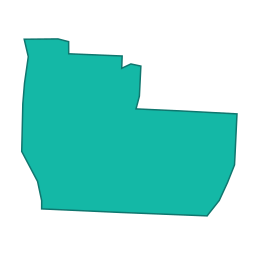 the district of Yates, New York, United States of America, rotated 183°
{"feature_id": "52423323B19157599393340", "entity_name": "Yates", "entity_type": "district", "adm_level": 2, "iso_a3": "USA", "parent_name": "United States of America", "parent_adm1": "New York", "projection": "robinson", "projection_center": [-77.099, 42.612], "detail": "fine", "context": "isolated", "style": "filled", "palette": "teal", "viewbox_px": 256, "rotation_deg": 183, "n_neighbors": 0, "source": "geoboundaries", "source_scale": "gbopen_adm2", "svg_char_len": 487}
<svg xmlns="http://www.w3.org/2000/svg" viewBox="0 0 256 256"><g transform="rotate(183 128 128)"><path d="M199.2,42.8L130.4,43.3L44.3,44.4L43.6,45.6L33.1,60.4L25.8,78.7L19.7,96.7L19.7,103.8L19.9,147.8L76.1,147.8L121.0,147.5L118.3,160.4L118.4,190.5L128.5,192.1L137.4,187.3L137.6,199.6L191.1,199.0L191.8,211.1L202.6,213.3L236.3,211.2L231.3,194.0L233.7,167.3L234.3,146.5L232.9,99.0L215.5,69.9L210.4,50.9L210.0,42.7L199.2,42.8Z" fill="#14b8a6" stroke="#0f766e" stroke-width="1.5"/></g></svg>